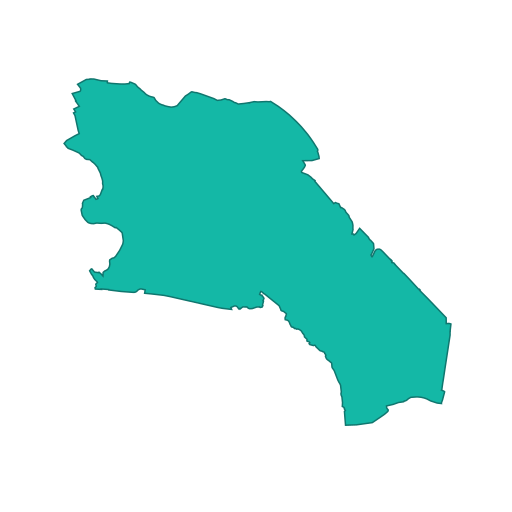 the district of Montferland, Gelderland, Netherlands, rotated 188°
{"feature_id": "6326949B90977500398075", "entity_name": "Montferland", "entity_type": "district", "adm_level": 2, "iso_a3": "NLD", "parent_name": "Netherlands", "parent_adm1": "Gelderland", "projection": "mercator", "projection_center": [6.215, 51.924], "detail": "fine", "context": "isolated", "style": "filled", "palette": "teal", "viewbox_px": 512, "rotation_deg": 188, "n_neighbors": 0, "source": "geoboundaries", "source_scale": "gbopen_adm2", "svg_char_len": 6063}
<svg xmlns="http://www.w3.org/2000/svg" viewBox="0 0 512 512"><g transform="rotate(188 256 256)"><path d="M143.8,100.9L133.0,102.8L117.6,107.2L107.4,116.5L106.1,117.8L103.8,120.5L103.6,121.9L105.4,123.6L105.9,125.7L99.6,128.1L94.4,130.8L89.8,132.1L89.3,132.4L89.0,132.8L89.0,133.1L87.7,133.4L86.5,134.4L85.1,136.0L83.0,137.6L76.9,138.9L72.9,139.1L69.6,138.8L66.8,138.2L62.9,136.8L56.2,135.6L51.8,135.7L51.9,136.1L51.8,137.1L51.3,139.3L50.3,147.7L50.3,147.8L51.1,148.3L53.6,149.0L53.4,149.3L53.4,150.3L53.4,156.1L53.3,159.9L53.2,171.4L52.8,204.7L53.2,207.4L53.2,208.2L53.3,208.2L53.5,215.8L54.4,216.0L56.0,215.9L56.0,216.0L58.2,215.5L59.1,221.3L79.9,237.7L89.4,244.9L89.4,245.2L89.1,245.4L89.5,245.7L89.4,245.7L89.6,245.9L90.2,245.8L90.7,246.0L100.8,254.3L107.1,259.3L107.5,259.3L117.2,266.9L117.1,267.0L118.6,268.3L120.6,268.4L120.5,269.8L120.7,270.2L121.4,270.7L121.4,270.2L121.7,270.5L121.7,271.0L122.2,271.3L122.2,271.0L131.2,278.1L133.2,279.5L134.6,280.0L136.9,279.6L137.9,278.9L138.6,278.0L138.9,277.3L140.4,272.5L140.7,271.8L141.0,271.4L141.9,272.3L142.3,273.1L141.8,274.1L140.2,279.6L141.3,284.5L141.6,284.9L144.7,287.5L145.1,287.6L146.7,289.1L147.2,290.1L157.2,297.8L159.7,292.8L160.2,292.0L160.9,291.3L161.9,290.5L162.5,291.3L164.1,291.2L163.6,295.6L163.9,296.8L164.3,299.9L165.0,302.0L165.6,303.3L168.9,307.1L169.8,309.1L173.0,311.8L174.0,313.4L174.8,314.3L178.1,315.9L178.9,315.7L181.2,319.3L183.2,319.5L184.8,320.0L186.3,318.7L208.2,338.2L208.0,338.9L210.8,340.3L212.4,341.6L215.9,343.6L222.4,345.1L222.8,346.3L221.6,348.3L220.4,350.6L219.8,352.6L219.9,353.0L220.7,354.1L223.0,356.9L213.8,358.3L207.0,361.3L207.5,363.4L209.2,367.3L209.8,368.2L209.5,369.0L209.7,370.2L215.0,376.5L218.3,380.1L221.7,383.6L228.9,390.1L234.7,394.7L242.6,400.3L248.9,404.1L254.8,407.3L263.1,411.1L264.4,410.6L267.3,410.4L275.6,408.8L279.3,408.6L283.4,407.1L283.4,406.9L283.6,406.8L283.6,407.0L289.1,405.4L294.7,404.0L297.4,404.9L298.8,405.0L300.7,405.9L304.3,407.0L306.4,406.8L307.7,407.3L308.7,407.4L312.4,405.6L316.0,404.7L319.6,406.0L333.5,408.9L337.5,409.5L339.3,409.4L342.3,409.7L343.0,409.4L345.5,406.9L348.2,404.6L354.1,395.3L354.1,395.2L355.1,393.8L357.8,392.4L360.7,391.6L363.8,391.7L367.0,392.0L369.3,392.6L370.2,392.6L372.9,393.4L373.9,393.9L376.9,396.1L379.0,398.7L380.3,399.0L382.0,399.1L384.1,399.5L386.6,400.4L387.9,401.1L389.7,402.5L392.9,404.4L393.8,405.2L397.0,407.1L398.5,408.6L399.7,409.4L404.1,410.6L405.2,410.7L405.4,410.3L405.5,409.1L410.0,408.0L414.8,407.4L423.2,406.8L427.2,406.8L427.4,406.9L427.5,408.6L433.8,408.0L441.3,408.7L445.1,408.2L445.2,407.9L448.6,407.2L456.6,401.2L453.1,397.8L452.7,396.3L452.8,395.4L453.1,394.6L460.6,391.3L455.8,384.6L456.2,384.3L451.8,379.6L456.9,376.2L454.7,373.6L456.6,372.3L454.8,369.9L449.5,355.4L448.1,352.6L452.1,349.8L459.6,344.0L461.7,340.7L459.5,338.7L458.9,337.8L457.8,337.2L457.1,336.5L451.9,335.3L445.8,333.5L444.8,332.9L443.3,331.7L442.9,331.3L440.9,330.6L439.0,328.7L437.3,328.1L433.9,328.3L430.9,326.2L430.7,326.3L428.0,324.4L425.6,322.2L425.3,322.2L424.6,320.7L421.7,316.5L420.7,314.0L419.5,311.8L418.6,309.7L418.2,308.4L418.0,306.4L417.2,304.3L417.0,302.7L417.1,300.6L417.5,300.5L418.7,295.2L419.5,293.8L420.3,293.4L421.9,292.9L420.5,290.9L422.3,289.8L424.3,292.0L424.6,291.9L425.4,293.2L426.3,293.0L428.2,291.6L427.8,290.9L434.3,287.2L435.2,283.9L434.9,283.0L434.7,280.6L434.8,279.4L435.5,278.3L435.6,277.7L435.5,277.0L433.8,272.2L433.0,271.2L430.2,268.2L427.2,265.9L426.1,265.5L423.8,265.2L421.3,265.4L418.3,266.5L413.8,266.8L410.0,267.6L407.4,267.3L405.6,266.9L402.8,265.9L399.5,264.4L399.1,264.4L398.5,264.8L395.0,262.7L392.0,260.6L391.6,259.8L389.5,252.7L389.5,251.1L389.6,249.2L391.8,242.6L394.9,236.2L396.4,234.4L398.1,233.8L400.3,231.8L400.3,230.5L399.6,227.7L399.7,225.1L400.3,223.4L401.0,222.1L401.6,221.6L403.0,220.5L403.6,220.2L405.1,218.5L404.8,214.9L406.7,216.5L409.2,218.1L409.5,217.6L413.7,217.6L416.8,220.4L417.4,220.2L418.7,218.2L416.4,215.1L414.7,213.4L414.0,212.1L412.5,210.4L411.5,209.6L410.0,208.6L409.4,207.9L409.3,207.6L410.3,206.6L410.6,206.0L410.7,205.6L410.4,204.9L410.0,204.1L410.0,203.5L411.0,202.3L410.8,201.6L410.5,200.9L404.4,201.4L404.6,201.8L397.2,202.3L397.1,201.9L384.6,202.1L372.5,202.9L371.0,203.2L370.0,203.7L369.2,204.4L368.1,205.9L367.2,206.6L366.1,207.2L365.0,207.4L361.0,207.1L361.1,203.6L354.0,203.9L341.7,204.2L334.9,203.8L286.6,199.7L281.9,199.5L272.7,199.7L273.7,201.5L270.6,203.4L269.8,203.7L268.6,203.6L267.8,203.3L267.2,202.8L266.0,201.5L265.3,201.0L264.6,201.9L264.1,201.5L263.0,202.8L261.9,203.8L258.6,204.1L258.6,204.3L258.0,204.3L257.6,204.2L256.4,203.2L255.0,202.9L252.4,203.4L248.1,205.6L246.1,205.9L245.6,206.2L245.0,205.7L244.6,205.6L242.8,206.3L242.4,207.4L242.3,208.0L242.7,208.3L242.7,208.6L242.3,212.2L242.3,212.4L242.9,212.7L242.9,212.8L242.2,215.0L242.5,215.6L243.9,217.1L244.4,217.4L244.6,218.0L246.2,218.1L247.1,218.5L246.4,221.5L245.5,221.5L243.0,219.8L242.2,219.6L226.2,210.0L224.2,206.8L223.9,206.1L223.6,205.6L223.0,205.3L220.8,204.9L219.8,204.2L218.0,203.2L217.8,202.8L218.1,201.2L218.0,200.5L218.4,199.9L218.6,199.2L218.5,198.1L218.2,197.0L216.1,196.8L214.9,196.3L213.9,195.2L212.7,193.0L212.1,192.3L211.3,191.0L210.5,190.6L209.6,190.6L208.8,190.5L208.2,189.8L207.6,189.5L206.7,189.8L206.0,189.3L205.4,189.2L204.4,189.6L202.8,189.2L201.0,188.3L200.4,187.7L198.7,185.6L198.2,185.4L197.7,184.8L197.0,183.8L196.8,182.7L193.9,180.6L193.8,180.3L193.8,179.1L193.6,178.8L191.3,178.3L190.7,177.8L190.7,177.2L191.2,176.6L190.5,175.8L186.6,175.3L185.7,175.8L185.2,175.8L184.7,175.4L183.7,174.2L182.5,173.4L179.8,171.4L179.2,171.1L177.3,170.9L176.5,170.5L175.5,170.4L175.1,170.2L174.7,169.8L174.4,169.0L173.5,168.3L173.2,167.7L173.0,167.3L173.3,166.6L173.1,166.0L172.0,164.2L171.2,163.5L166.4,160.7L166.1,160.1L165.3,156.7L165.0,156.0L162.6,153.4L157.8,144.7L156.2,142.4L155.3,141.4L154.3,139.8L152.6,133.3L152.7,131.6L152.6,131.0L152.3,130.1L151.3,128.4L149.9,122.8L149.6,119.0L148.6,118.7L147.5,118.1L147.2,117.4L147.1,117.1L147.3,116.9L146.0,115.4L146.8,114.4L143.8,100.9Z" fill="#14b8a6" stroke="#0f766e" stroke-width="1.5"/></g></svg>